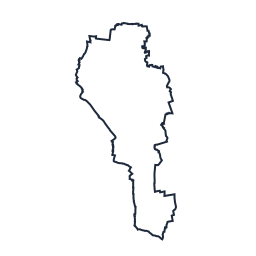 Sam Phran, Nakhon Pathom, Thailand, rotated 279°
{"feature_id": "78962969B70843901453071", "entity_name": "Sam Phran", "entity_type": "district", "adm_level": 2, "iso_a3": "THA", "parent_name": "Thailand", "parent_adm1": "Nakhon Pathom", "projection": "orthographic", "projection_center": [100.203, 13.726], "detail": "fine", "context": "isolated", "style": "outline", "palette": "slate", "viewbox_px": 256, "rotation_deg": 279, "n_neighbors": 0, "source": "geoboundaries", "source_scale": "gbopen_adm2", "svg_char_len": 5762}
<svg xmlns="http://www.w3.org/2000/svg" viewBox="0 0 256 256"><g transform="rotate(279 128 128)"><path d="M106.0,164.0L107.9,163.2L108.3,162.8L108.7,161.9L109.3,161.8L109.7,162.3L110.0,162.3L110.6,160.7L111.0,160.3L110.9,159.8L111.1,159.2L111.0,158.8L111.2,158.4L111.5,158.3L111.5,157.8L112.3,157.5L112.6,157.2L113.4,157.3L113.9,157.1L114.3,157.4L114.8,157.2L115.1,157.0L115.3,157.1L115.5,157.5L115.7,157.8L116.1,158.9L116.1,159.6L116.3,159.8L120.6,168.6L121.4,168.0L123.5,168.5L124.5,168.5L125.7,167.3L126.0,166.8L128.9,165.9L130.5,165.6L131.3,165.3L131.7,165.0L133.2,163.3L133.6,163.5L133.9,162.8L134.1,162.9L134.5,162.2L135.1,162.2L135.8,160.8L136.3,160.2L137.9,161.0L137.8,161.3L138.3,161.3L138.3,161.5L138.2,161.6L137.5,161.9L137.4,162.1L137.8,162.9L138.2,162.6L147.1,162.9L147.6,163.9L148.2,163.8L148.6,164.6L148.1,164.9L148.8,165.9L149.2,166.1L149.0,166.4L149.2,166.8L149.1,167.0L149.4,169.6L159.6,164.1L161.8,168.1L168.2,164.8L170.1,164.9L170.7,163.6L170.9,163.4L171.3,163.5L173.1,164.3L174.0,163.2L174.4,162.5L174.5,161.7L174.5,161.1L174.3,160.3L175.6,159.8L176.6,160.1L177.1,160.4L178.0,160.5L179.0,161.0L179.5,161.0L180.0,161.4L180.3,161.5L181.0,161.6L182.2,161.3L182.6,161.0L183.4,160.6L185.3,159.4L186.0,158.7L186.3,158.1L186.6,157.9L186.9,157.6L187.5,156.2L187.7,155.9L187.6,155.6L187.8,155.3L187.9,154.5L187.8,154.2L188.4,153.9L188.9,154.0L189.9,153.9L191.1,154.0L192.8,153.3L194.4,152.9L193.8,150.7L192.8,150.5L192.0,150.5L192.1,149.8L191.9,148.1L192.1,147.2L193.1,147.4L193.5,145.4L192.4,145.2L192.7,142.5L193.8,142.2L194.1,142.1L194.0,141.0L193.6,140.4L193.4,139.4L191.9,139.3L192.0,137.5L192.6,137.5L193.0,136.9L195.6,136.9L195.9,136.8L196.1,135.5L196.8,134.6L198.3,134.0L198.8,133.9L199.0,134.1L200.2,135.4L201.7,134.6L202.0,134.7L202.8,136.4L202.8,137.4L204.9,137.0L206.6,136.9L207.3,136.7L207.0,135.7L206.8,135.8L206.0,134.4L205.7,134.5L204.9,133.0L204.9,132.9L205.4,132.7L207.4,133.2L208.3,133.3L208.9,133.2L209.2,133.0L209.7,133.0L209.3,132.4L209.2,131.7L209.2,129.9L209.3,129.8L209.9,129.5L210.9,129.2L211.0,129.2L211.1,129.5L211.2,131.6L211.9,131.5L212.0,131.7L213.4,131.3L213.6,131.5L214.0,131.5L216.1,130.6L216.4,132.8L218.4,132.7L219.7,132.2L219.9,133.1L221.1,132.9L221.3,134.0L222.4,133.8L222.6,135.0L224.8,134.6L224.8,134.1L225.4,133.9L225.6,133.7L226.5,133.5L227.2,133.1L227.1,132.0L227.6,131.9L231.3,130.6L231.0,128.3L230.5,126.4L231.2,126.1L231.1,125.7L232.0,125.4L231.3,123.9L230.8,122.4L232.6,122.1L232.5,121.0L232.5,120.4L232.4,119.7L232.0,119.6L231.7,117.4L231.2,116.2L231.5,116.0L231.1,114.4L230.7,111.9L230.7,111.4L231.0,111.3L231.0,107.1L230.6,106.9L230.3,105.6L229.0,105.4L229.2,102.2L228.1,101.9L228.1,101.6L228.9,101.7L228.9,101.3L228.3,101.4L228.1,100.6L227.8,100.6L227.7,100.2L227.0,100.0L227.1,99.6L227.0,99.4L225.7,99.5L223.3,99.3L223.0,96.8L222.6,96.2L222.4,95.7L222.1,95.6L212.1,96.0L211.9,95.9L211.3,82.4L211.5,82.2L213.6,82.1L213.0,80.2L212.8,75.5L210.2,76.4L208.8,77.2L208.6,76.9L206.8,77.5L207.0,74.0L204.2,74.8L202.6,75.1L202.3,75.2L202.1,74.9L199.7,74.9L195.7,74.1L194.6,73.5L194.3,73.1L192.0,72.4L191.0,72.0L189.7,71.5L189.0,71.0L189.5,69.6L188.4,69.1L188.3,68.8L187.1,68.7L186.9,69.4L186.5,69.2L186.3,69.3L185.9,69.2L185.5,69.3L185.2,69.9L182.9,69.1L182.6,70.3L182.4,70.3L180.9,70.2L180.7,70.0L179.4,70.1L178.2,68.9L177.7,68.2L176.0,69.1L172.5,68.2L172.2,68.2L170.7,69.4L169.9,70.3L169.0,69.6L168.8,69.8L168.1,69.7L167.5,69.8L167.3,69.8L166.4,71.0L166.3,70.9L166.3,70.6L165.5,70.4L165.0,69.5L164.3,70.0L163.7,70.4L163.7,71.1L163.1,71.5L161.3,74.8L159.8,76.5L159.4,76.3L158.5,77.4L157.3,77.0L156.7,77.8L154.3,76.4L153.3,76.1L152.8,75.9L151.7,75.8L150.9,76.1L150.2,76.7L149.8,77.6L149.3,79.1L148.9,80.0L149.0,80.8L149.0,81.3L148.2,82.9L147.8,83.5L145.1,87.1L139.7,92.3L135.3,97.2L134.7,97.1L134.5,97.7L133.7,97.9L133.2,99.4L132.0,101.5L131.5,102.3L130.6,103.2L128.8,104.8L125.0,108.6L124.3,109.5L122.8,110.7L117.9,116.5L117.0,117.1L116.6,117.2L116.3,117.2L115.1,116.4L112.6,113.8L112.4,114.0L112.4,114.6L111.7,114.7L111.7,115.3L109.1,115.3L109.1,115.9L107.0,116.1L107.1,116.5L104.4,116.7L104.3,116.3L102.9,116.3L102.8,117.0L102.0,117.0L99.0,116.7L98.9,119.4L95.2,118.9L94.0,118.9L92.9,119.2L92.5,121.1L92.5,121.9L92.3,122.1L91.9,124.3L92.2,127.7L92.1,128.0L91.9,128.2L92.0,128.9L92.2,129.4L92.0,130.1L91.7,130.6L91.6,131.3L91.5,132.1L91.2,132.4L91.3,132.9L91.3,133.7L90.9,134.1L90.2,135.4L89.6,137.0L88.5,136.5L86.8,136.1L85.9,135.6L85.6,136.2L83.4,139.4L81.5,137.5L80.7,137.1L80.5,137.3L80.1,137.4L77.9,137.6L77.6,139.9L77.6,140.5L76.8,140.4L76.9,141.5L75.7,141.5L71.5,142.2L69.9,142.3L69.9,142.7L65.0,143.1L63.6,143.4L63.6,143.8L60.5,144.2L60.4,144.3L59.1,144.5L57.5,145.0L57.3,145.2L56.2,145.2L56.1,145.4L51.4,147.3L51.4,147.8L48.4,148.1L44.9,148.6L44.1,148.6L43.9,147.8L42.2,148.0L42.0,148.7L40.9,148.6L38.2,149.3L37.2,149.2L36.8,149.6L36.2,149.5L35.3,149.7L33.3,149.7L33.0,150.1L32.5,149.8L30.7,152.3L29.2,153.6L29.6,154.1L29.8,155.7L29.5,156.7L29.2,158.7L29.3,159.6L29.0,160.9L29.3,161.6L29.3,163.0L29.0,164.1L29.0,164.5L28.9,164.7L28.1,165.5L27.3,167.1L26.6,168.3L25.9,169.1L26.0,171.4L25.6,173.0L25.8,174.4L25.7,174.8L25.4,175.8L23.6,178.6L23.4,179.3L24.8,179.6L25.8,179.6L26.8,179.4L27.9,179.0L28.6,179.1L28.7,178.9L31.0,179.3L31.2,180.2L35.2,180.1L35.1,180.7L35.9,180.6L36.0,181.5L38.4,181.2L39.7,181.6L41.4,181.7L41.7,182.2L42.3,183.9L43.2,186.7L48.3,184.9L49.4,187.0L53.1,185.6L54.2,186.4L54.7,187.0L55.2,187.4L57.5,187.8L62.2,186.0L66.1,184.9L69.8,184.3L67.5,177.4L66.6,174.6L69.6,174.3L71.1,174.0L70.0,171.3L69.5,169.8L71.0,169.3L70.5,167.5L69.2,164.6L71.7,163.9L75.1,163.1L75.3,163.0L77.6,162.6L77.8,162.9L81.5,162.3L84.5,161.7L86.8,161.3L95.8,160.7L96.0,163.5L97.5,164.5L101.4,166.5L103.1,165.0L104.1,164.6L104.7,164.3L106.0,164.0Z" fill="none" stroke="#1e293b" stroke-width="2"/></g></svg>